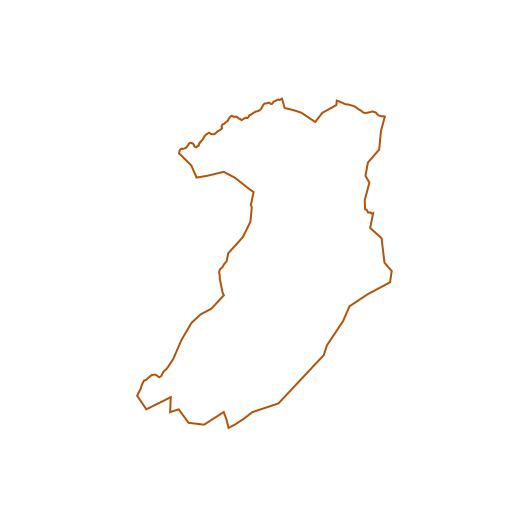 the district of Tu'nel, Hövsgöl, Mongolia, rotated 126°
{"feature_id": "93677404B36184620186836", "entity_name": "Tu'nel", "entity_type": "district", "adm_level": 2, "iso_a3": "MNG", "parent_name": "Mongolia", "parent_adm1": "Hövsgöl", "projection": "natural_earth1", "projection_center": [100.473, 49.769], "detail": "fine", "context": "isolated", "style": "outline", "palette": "amber", "viewbox_px": 512, "rotation_deg": 126, "n_neighbors": 0, "source": "geoboundaries", "source_scale": "gbopen_adm2", "svg_char_len": 5551}
<svg xmlns="http://www.w3.org/2000/svg" viewBox="0 0 512 512"><g transform="rotate(126 256 256)"><path d="M67.5,233.7L68.0,235.1L69.0,236.0L69.7,238.1L70.2,239.3L70.0,241.8L69.5,243.0L69.5,243.6L69.9,244.4L70.1,245.3L70.4,246.5L72.6,248.3L74.2,249.8L75.1,250.5L76.2,252.0L76.9,253.3L76.8,254.4L76.7,255.8L76.7,257.4L77.0,259.0L77.0,260.1L77.0,261.5L76.9,262.5L77.2,264.8L77.4,265.5L78.0,266.9L78.6,268.8L79.3,270.7L80.0,271.7L80.8,273.3L81.0,274.7L81.7,277.8L82.3,280.4L82.8,282.0L86.7,279.7L101.2,286.5L112.8,286.9L113.4,303.4L115.6,310.4L115.6,310.5L119.4,319.8L113.4,327.5L113.7,327.7L114.1,327.9L114.6,328.1L115.2,328.2L115.4,328.3L115.9,328.5L116.2,329.9L117.9,330.9L118.3,331.1L118.8,331.3L119.2,331.6L119.4,331.5L119.7,331.8L120.2,332.1L120.6,332.3L120.9,332.4L121.3,332.5L121.8,332.5L122.1,332.4L122.5,332.4L122.9,332.4L123.3,332.4L123.6,332.5L123.8,332.6L123.9,332.8L124.0,332.9L124.1,333.1L124.1,333.4L124.1,333.7L124.2,333.9L124.3,334.1L124.3,335.0L124.2,335.2L124.2,335.5L124.3,335.8L124.5,335.9L124.9,336.2L125.3,336.5L125.7,336.7L126.0,336.8L126.2,337.0L126.3,337.2L126.6,337.5L127.1,338.1L127.4,338.5L127.6,338.6L127.9,338.7L128.4,338.8L128.9,338.9L129.3,339.0L129.7,339.0L130.0,339.0L130.2,338.9L130.4,338.8L130.6,338.8L130.8,338.7L131.0,338.7L131.3,338.7L131.8,338.7L132.1,338.6L132.5,338.5L132.9,338.5L133.2,338.4L133.6,338.4L134.4,338.4L134.8,338.5L135.2,338.6L135.7,338.6L135.9,338.7L136.2,338.9L136.8,339.1L137.1,339.3L137.4,339.4L137.7,339.6L138.1,340.0L138.4,340.3L138.8,340.8L139.2,341.1L139.7,341.3L140.1,341.4L140.5,341.6L141.0,341.9L141.5,342.1L142.2,342.4L143.1,342.7L143.4,342.8L143.8,342.9L144.1,343.0L144.5,343.2L144.8,343.4L145.2,343.6L145.5,343.8L145.8,343.9L146.2,344.1L146.5,344.1L146.8,344.0L147.2,343.9L147.7,343.8L148.3,343.8L148.9,343.9L149.4,344.1L149.8,344.5L149.9,344.8L149.9,345.2L149.9,345.3L150.0,345.5L150.3,345.7L150.7,345.8L151.0,346.0L151.4,346.2L151.7,346.4L152.0,346.6L152.5,346.7L153.0,346.9L154.0,347.2L154.4,347.5L154.5,347.6L154.5,347.9L154.5,348.4L154.5,348.7L154.5,349.1L154.4,349.3L154.5,349.5L154.6,349.9L154.8,350.4L154.9,350.6L155.0,350.7L155.0,351.2L154.9,351.6L154.7,352.0L154.6,352.8L154.7,353.0L154.8,353.4L154.8,353.6L155.0,353.9L155.2,354.2L155.4,354.4L155.6,354.8L155.9,355.1L156.2,355.4L156.4,355.6L156.6,356.0L156.6,356.3L156.6,356.5L156.6,356.9L156.7,357.3L156.8,357.9L156.9,358.1L157.0,358.3L157.6,358.4L158.0,358.5L158.4,358.6L158.9,358.7L159.4,358.8L159.7,358.7L160.0,358.7L160.5,358.7L160.9,358.7L161.2,358.6L161.6,358.6L162.1,358.5L162.6,358.4L163.2,358.3L163.4,358.3L163.9,358.5L164.4,358.7L164.9,358.8L165.4,359.0L165.7,359.1L166.1,359.2L166.6,359.2L167.0,359.3L167.7,359.5L167.9,359.6L168.0,359.6L168.3,359.9L168.8,360.1L169.1,360.2L169.5,360.3L170.1,360.4L170.7,360.3L171.0,360.2L171.3,360.1L171.5,359.9L171.7,359.7L171.8,359.6L172.0,359.3L172.2,359.0L172.6,358.6L172.8,358.6L173.1,358.6L173.6,358.7L173.9,358.7L174.3,358.9L175.0,359.1L175.5,359.3L176.0,359.5L176.3,359.7L176.7,360.0L177.0,360.1L177.6,360.3L178.2,360.4L178.9,360.6L179.6,360.7L180.3,360.8L180.9,361.0L181.5,361.2L181.9,361.4L182.2,361.7L182.6,362.0L182.8,362.4L183.2,363.0L183.4,363.6L183.6,364.0L183.8,364.4L183.8,364.5L183.8,365.1L183.8,365.8L183.8,366.1L183.8,366.3L184.0,366.4L184.4,366.6L184.9,366.9L185.4,367.1L186.1,367.4L186.7,367.6L187.2,367.7L187.8,367.9L188.6,368.0L189.4,368.0L189.7,368.0L189.9,367.9L190.2,367.9L190.7,367.8L191.0,367.8L191.3,367.7L191.7,367.8L192.4,367.7L193.2,367.6L193.7,367.6L194.3,367.7L195.1,367.9L195.8,367.9L196.3,367.8L196.6,367.8L196.6,368.1L197.6,368.1L198.2,368.1L198.8,368.0L199.2,367.8L199.5,367.6L199.8,367.4L200.0,367.4L200.3,367.3L200.7,367.3L200.8,367.4L201.0,367.8L201.6,368.0L202.1,368.1L202.4,368.1L203.0,368.1L203.3,368.5L203.4,369.0L203.5,369.3L203.5,369.9L203.5,370.2L203.4,370.5L203.2,370.8L203.1,371.0L202.8,371.4L202.5,371.8L202.3,372.1L202.3,372.4L202.2,372.8L202.3,373.0L202.3,373.3L202.3,373.8L202.4,374.3L202.5,374.7L202.7,375.1L202.8,375.3L203.0,375.5L203.3,375.9L203.9,376.1L204.2,376.2L204.8,376.3L205.2,376.2L205.4,376.2L205.9,376.1L206.8,376.2L207.6,376.1L209.3,376.2L210.4,376.7L211.1,377.1L211.8,377.6L212.5,378.5L213.1,379.5L214.3,379.8L215.3,379.9L215.9,379.7L216.6,379.2L217.2,379.1L218.1,378.7L220.8,361.5L227.5,350.2L219.9,342.7L206.9,331.6L205.1,319.4L205.8,300.5L205.7,295.5L217.7,290.2L219.1,288.0L231.5,280.7L248.5,277.7L270.1,280.1L276.7,277.0L277.6,276.7L279.6,276.8L281.3,277.0L282.3,276.9L283.7,276.7L285.2,276.7L287.6,277.2L288.5,277.2L290.7,276.4L292.2,274.9L292.8,274.2L293.7,273.4L295.7,271.9L295.8,271.9L305.6,261.1L306.6,258.9L325.0,261.2L335.8,266.5L348.1,268.9L367.4,267.0L387.6,262.5L396.8,262.0L400.0,262.0L402.0,262.5L403.0,262.8L404.8,262.8L408.6,262.1L410.9,262.9L411.1,264.4L410.9,266.2L411.4,268.2L412.2,269.0L413.6,270.4L417.5,271.4L420.4,272.0L422.7,273.3L426.0,272.9L429.2,272.0L431.5,271.2L436.0,270.6L438.2,270.0L439.0,269.9L444.5,254.6L420.3,242.0L432.8,233.7L425.5,228.4L430.6,212.5L423.0,198.9L422.9,198.8L401.2,190.4L405.9,183.5L406.0,183.4L411.2,177.1L404.3,173.8L395.4,170.4L384.5,167.2L362.1,151.2L296.3,142.9L286.5,146.1L257.5,147.3L241.7,150.8L221.3,143.2L198.5,132.1L188.4,137.4L185.9,148.1L167.8,164.9L166.2,180.1L152.5,186.4L153.1,186.7L153.4,187.1L153.7,187.7L153.7,188.1L153.6,188.3L153.4,188.6L153.5,189.0L153.7,189.5L154.1,189.9L154.5,190.3L154.8,190.5L155.0,190.8L154.9,191.2L154.3,192.1L154.0,192.8L153.7,193.6L153.7,194.3L154.1,195.2L147.0,200.8L130.0,207.4L126.8,214.6L114.6,220.4L97.5,218.9L81.4,228.4L67.5,233.7L67.5,233.7Z" fill="none" stroke="#b45309" stroke-width="2"/></g></svg>